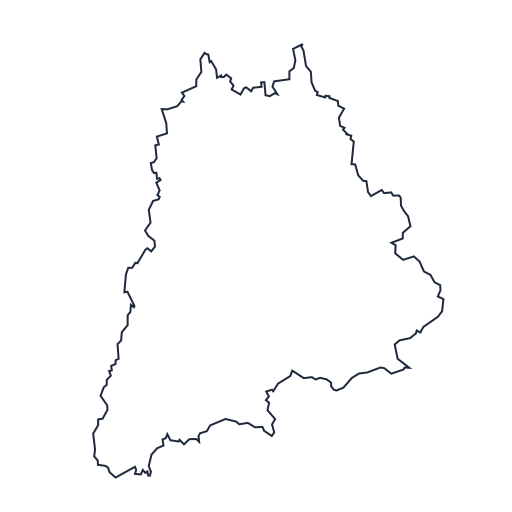 Prilep, Prilep, North Macedonia (Robinson projection), rotated 84°
{"feature_id": "65306769B638558710054", "entity_name": "Prilep", "entity_type": "district", "adm_level": 2, "iso_a3": "MKD", "parent_name": "North Macedonia", "parent_adm1": "Prilep", "projection": "robinson", "projection_center": [21.661, 41.283], "detail": "fine", "context": "isolated", "style": "outline", "palette": "slate", "viewbox_px": 512, "rotation_deg": 84, "n_neighbors": 0, "source": "geoboundaries", "source_scale": "gbopen_adm2", "svg_char_len": 3172}
<svg xmlns="http://www.w3.org/2000/svg" viewBox="0 0 512 512"><g transform="rotate(84 256 256)"><path d="M349.3,100.6L344.0,96.9L335.4,81.4L330.4,76.7L318.5,74.1L315.3,79.4L309.3,76.1L304.2,75.9L300.9,81.1L293.1,84.5L288.9,90.6L278.7,93.9L272.9,99.0L275.2,110.1L267.9,117.3L259.9,116.0L257.0,119.9L253.9,108.2L248.2,107.5L242.6,99.3L232.4,100.6L226.8,104.1L221.1,106.5L213.2,106.0L210.8,107.4L210.3,113.2L206.9,114.9L206.9,122.1L203.5,124.0L208.4,135.4L204.1,137.9L193.0,138.4L192.5,141.5L186.5,145.9L175.3,147.8L174.7,151.4L152.4,146.8L149.6,149.8L146.3,148.7L144.0,154.3L144.9,151.8L139.4,156.3L137.8,154.6L135.4,158.7L127.1,159.1L118.7,153.0L115.1,158.5L110.4,158.4L106.5,166.5L104.8,166.2L103.9,170.2L105.5,170.6L102.3,178.6L99.4,177.5L97.9,179.9L89.1,182.6L78.5,182.2L72.2,186.4L56.6,187.3L52.2,189.2L50.1,187.4L53.9,197.5L65.5,196.4L72.9,198.7L75.9,203.5L83.7,204.3L84.2,219.7L89.2,221.9L97.3,217.9L96.0,220.2L98.5,225.6L97.1,229.7L84.0,229.5L83.9,232.8L88.3,232.8L88.4,241.3L91.7,243.6L87.2,248.1L88.0,250.5L93.8,254.5L87.9,262.8L84.1,260.6L79.7,263.5L76.7,262.1L72.5,266.5L74.6,269.2L74.4,272.0L72.9,271.9L74.7,276.1L66.2,276.2L57.5,280.2L58.4,281.8L50.6,282.4L50.0,284.5L48.6,285.9L54.5,290.8L67.2,291.1L74.3,296.9L80.9,297.7L85.8,312.6L89.4,310.5L93.1,313.7L94.8,312.5L94.4,314.1L98.8,318.7L100.9,328.9L100.0,334.4L114.4,331.4L124.7,331.7L126.9,342.1L135.0,341.0L135.4,344.6L148.4,344.6L152.0,347.7L152.5,350.9L159.8,350.4L162.9,348.7L162.8,346.4L168.9,346.3L168.5,343.8L170.5,343.0L172.6,347.5L180.7,345.0L185.2,347.7L187.0,345.6L189.4,346.9L190.5,352.6L198.8,357.8L211.8,357.4L219.0,363.7L224.5,361.2L230.2,355.4L236.1,355.5L240.5,359.7L236.9,363.3L238.3,365.4L250.8,374.7L250.1,376.7L254.8,380.3L254.4,384.3L260.8,387.3L278.3,390.7L278.1,387.6L293.0,382.1L294.2,382.8L291.5,385.5L298.5,386.8L301.5,389.8L311.4,390.9L317.7,397.4L326.0,399.0L329.1,402.9L343.9,403.4L345.0,406.5L348.8,407.0L350.1,411.5L354.7,411.4L355.1,414.1L359.9,412.9L363.5,417.3L368.7,418.0L370.6,421.1L378.8,425.2L388.8,419.7L393.3,419.7L401.8,425.6L402.0,430.1L407.8,430.7L415.6,436.5L431.5,436.3L438.5,437.9L442.7,434.8L447.2,435.0L448.3,430.3L449.1,427.5L451.2,425.1L453.1,424.9L455.9,424.1L456.3,423.7L460.5,419.9L461.6,418.7L453.0,398.4L456.3,397.5L460.0,399.1L461.2,393.3L456.9,390.9L460.1,388.8L458.9,386.5L463.1,386.2L463.4,384.5L459.6,383.0L453.7,384.6L442.6,380.7L436.8,374.3L434.8,367.8L428.6,368.1L427.8,364.8L423.9,362.8L430.3,360.4L432.4,352.2L430.8,351.2L435.8,347.3L431.2,341.4L431.8,334.5L434.8,332.0L429.2,332.0L426.4,330.1L425.1,323.2L419.7,319.3L414.9,303.4L418.6,293.1L421.6,290.2L421.1,281.6L426.3,274.8L426.6,267.5L430.8,266.1L436.6,259.1L433.3,256.3L425.2,257.7L420.2,254.0L410.6,260.7L403.3,258.3L400.4,261.2L397.1,257.9L391.9,260.0L390.6,254.1L392.3,253.0L385.2,247.4L378.9,234.4L373.8,231.9L382.5,221.2L382.3,213.2L385.0,209.6L383.9,205.0L386.0,198.7L389.7,194.7L393.4,194.9L397.0,192.7L398.2,190.1L396.1,182.9L387.3,173.4L383.6,165.8L383.5,157.6L379.9,144.0L381.0,140.1L387.2,133.8L384.3,121.1L382.4,119.8L383.2,115.2L373.0,125.9L358.5,127.3L354.9,122.0L353.8,111.4L349.7,105.1L346.9,103.9L349.3,100.6Z" fill="none" stroke="#1e293b" stroke-width="2"/></g></svg>